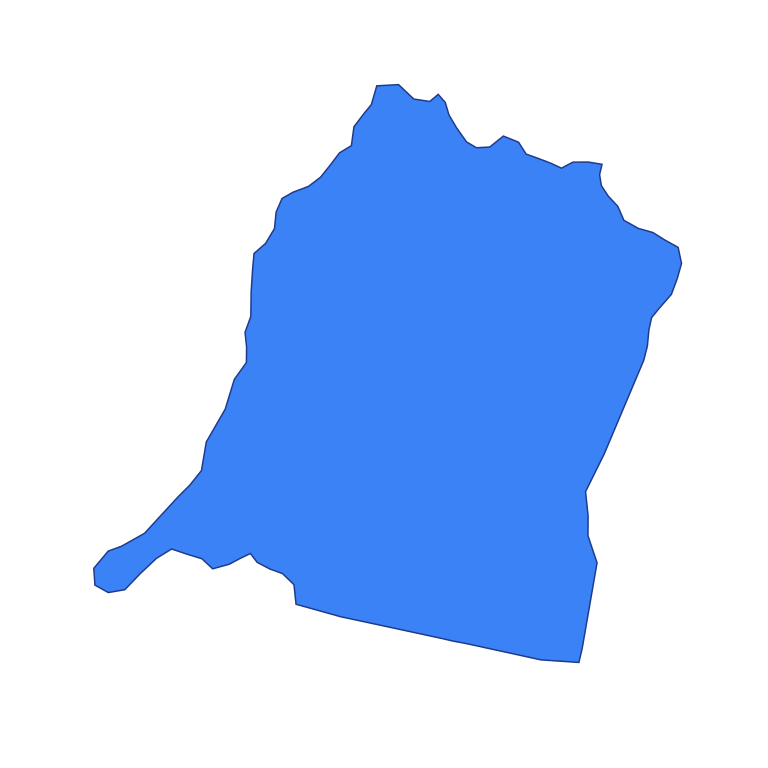 the district of Campo Grande, Alagoas, Brazil, rotated 354°
{"feature_id": "56859067B11440381309792", "entity_name": "Campo Grande", "entity_type": "district", "adm_level": 2, "iso_a3": "BRA", "parent_name": "Brazil", "parent_adm1": "Alagoas", "projection": "mercator", "projection_center": [-36.753, -9.965], "detail": "fine", "context": "isolated", "style": "filled", "palette": "blue", "viewbox_px": 768, "rotation_deg": 354, "n_neighbors": 0, "source": "geoboundaries", "source_scale": "gbopen_adm2", "svg_char_len": 1341}
<svg xmlns="http://www.w3.org/2000/svg" viewBox="0 0 768 768"><g transform="rotate(354 384 384)"><path d="M644.8,387.6L649.9,373.8L653.1,357.9L657.1,345.9L665.6,337.5L679.2,324.9L686.7,309.7L692.5,295.2L690.8,278.9L677.6,269.6L667.3,261.5L653.1,255.8L639.7,246.3L635.2,232.0L626.5,220.3L620.9,209.4L620.3,198.3L623.8,188.3L610.7,184.7L595.1,183.1L583.0,187.9L573.2,182.0L563.0,176.8L549.4,170.2L543.1,157.6L528.6,149.9L513.9,159.4L500.7,158.7L491.4,151.9L482.9,136.7L476.7,123.1L474.4,110.5L468.2,101.6L459.0,107.8L443.4,103.7L429.8,87.8L408.0,86.7L400.6,104.8L393.0,112.3L381.0,125.0L376.5,143.5L364.0,149.4L353.1,161.0L342.6,171.6L329.7,179.5L313.4,183.8L302.0,188.8L294.7,201.7L291.3,218.0L280.9,231.8L268.4,240.6L265.5,255.1L261.5,278.5L258.6,302.9L251.2,318.1L251.2,333.0L249.4,348.2L235.6,363.8L223.5,392.3L201.2,423.1L193.4,451.0L180.3,464.3L168.7,473.6L147.5,492.2L130.3,507.4L106.2,517.8L92.2,521.4L76.1,537.0L75.5,553.8L88.0,562.6L104.7,561.5L121.9,547.0L139.5,533.6L155.5,525.9L171.1,533.0L184.7,538.8L194.3,549.9L211.5,547.0L222.0,542.7L233.4,538.6L239.2,548.1L251.2,556.1L263.2,561.9L273.5,574.2L273.5,593.9L316.5,610.9L412.4,642.3L425.8,646.9L437.9,650.5L511.0,674.7L548.7,681.3L553.4,667.9L577.2,584.1L571.0,556.3L573.2,536.6L573.2,512.1L595.7,476.6L644.8,387.6Z" fill="#3b82f6" stroke="#1e3a8a" stroke-width="1.5"/></g></svg>